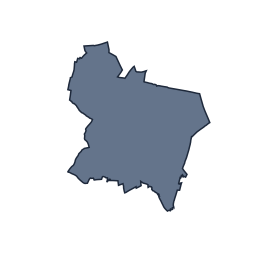 Balcauti, Suceava, Romania (Natural Earth projection), rotated 130°
{"feature_id": "2599482B55128910664602", "entity_name": "Balcauti", "entity_type": "district", "adm_level": 2, "iso_a3": "ROU", "parent_name": "Romania", "parent_adm1": "Suceava", "projection": "natural_earth1", "projection_center": [26.076, 47.898], "detail": "fine", "context": "isolated", "style": "filled", "palette": "slate", "viewbox_px": 256, "rotation_deg": 130, "n_neighbors": 0, "source": "geoboundaries", "source_scale": "gbopen_adm2", "svg_char_len": 5518}
<svg xmlns="http://www.w3.org/2000/svg" viewBox="0 0 256 256"><g transform="rotate(130 128 128)"><path d="M104.8,210.0L105.2,210.0L106.1,209.6L107.0,211.3L109.4,210.2L110.7,209.7L111.4,211.3L113.0,210.4L114.7,209.1L118.1,206.7L119.8,205.9L123.0,204.6L123.8,204.2L124.8,203.7L126.0,204.2L126.7,204.4L126.9,204.1L130.8,202.2L132.8,201.2L134.6,200.1L137.3,198.7L136.3,196.6L136.0,196.0L135.9,195.8L140.6,192.8L144.1,190.7L144.0,190.0L144.1,188.9L143.9,188.4L143.9,188.0L144.2,187.6L144.3,187.2L144.4,186.7L144.3,185.4L143.8,185.0L143.8,184.6L143.9,184.2L144.0,183.4L144.0,182.0L144.5,180.9L144.8,179.6L145.2,178.4L145.4,177.6L145.7,177.1L145.8,176.5L145.9,176.0L145.8,175.6L145.9,175.2L146.0,174.8L145.9,174.2L146.0,173.4L145.9,173.1L145.8,172.7L145.5,171.9L145.5,170.7L145.4,169.8L145.3,168.9L145.3,168.7L145.5,167.9L145.2,166.0L145.0,165.1L145.1,163.9L144.6,162.3L144.3,160.7L145.1,160.4L147.0,159.9L148.4,159.9L149.7,159.9L151.6,160.0L152.4,160.0L153.3,160.0L155.4,159.9L156.1,159.7L156.4,159.4L156.8,158.7L157.2,158.4L158.5,157.9L159.8,157.6L160.5,157.6L160.8,157.4L161.2,156.8L161.8,156.1L164.0,154.6L164.4,154.1L164.6,153.7L164.7,153.3L164.6,152.6L164.7,151.7L164.8,150.6L164.9,150.1L165.2,149.5L166.0,147.9L167.8,145.3L168.8,146.0L171.8,148.4L172.3,148.4L172.9,148.6L173.7,148.9L174.3,149.1L174.9,149.1L175.3,149.0L175.9,148.8L176.6,148.9L178.8,149.1L179.4,149.1L179.8,149.0L180.7,148.6L181.3,148.5L182.2,148.4L183.0,148.4L183.4,148.3L183.9,148.3L184.8,148.1L185.6,148.0L186.6,147.6L187.0,147.4L187.7,147.0L188.2,146.8L189.8,146.2L191.4,145.9L191.9,145.9L192.3,146.0L193.8,146.3L194.6,146.3L196.3,146.3L196.8,146.3L199.8,146.0L200.2,145.9L200.3,145.6L199.6,144.3L199.1,141.8L198.2,138.9L197.9,136.9L197.9,136.1L198.1,135.5L198.5,133.7L198.7,131.0L198.7,128.7L198.7,127.5L198.5,126.2L198.1,125.3L197.1,124.3L196.4,123.6L192.3,124.7L190.8,124.7L190.5,124.6L189.9,123.4L189.3,122.8L188.8,122.4L188.7,122.2L189.1,121.3L189.6,120.7L189.5,120.4L188.0,119.1L187.0,118.1L185.8,116.8L184.9,115.9L184.3,115.3L182.0,116.2L181.8,116.2L181.4,116.1L181.1,115.8L180.8,115.2L180.5,114.4L180.3,113.8L180.3,113.4L180.3,113.0L180.3,112.8L180.1,112.5L179.8,112.3L179.6,111.9L179.4,111.7L179.5,111.4L180.3,111.0L180.8,110.6L181.3,110.3L182.0,110.0L182.3,109.9L182.6,109.7L182.5,109.4L182.1,109.3L181.7,109.4L181.3,109.4L180.6,109.3L180.1,109.3L179.7,109.4L179.4,109.3L179.1,109.2L178.9,109.0L178.8,108.8L178.9,108.5L179.2,108.4L179.9,108.2L177.7,105.5L175.9,103.1L174.9,101.8L178.0,98.4L173.9,96.1L174.5,95.4L175.0,94.5L175.5,93.9L176.9,92.7L177.2,92.2L178.0,91.3L179.0,90.0L179.3,89.4L179.8,88.9L179.0,88.3L175.4,87.1L167.8,84.1L168.5,83.4L168.8,83.0L164.4,81.1L163.7,80.9L162.7,82.0L160.7,84.0L160.5,82.1L160.5,81.2L158.9,77.7L158.8,77.4L158.8,77.0L158.8,76.5L158.8,76.3L158.7,76.2L158.8,76.1L159.0,75.8L159.6,75.4L159.9,75.1L160.4,74.7L160.6,74.4L159.1,74.0L158.8,73.9L158.7,73.8L158.6,73.6L158.6,73.3L158.6,73.2L158.4,73.0L158.4,72.9L158.4,72.7L158.1,72.4L158.2,72.1L158.1,71.7L158.3,71.4L158.5,71.3L158.8,70.9L159.0,70.8L159.4,70.7L159.6,70.6L159.8,70.2L159.7,69.8L159.7,69.7L160.0,69.3L160.1,68.7L159.7,68.1L159.7,67.8L159.7,67.6L159.6,67.2L159.7,66.6L159.7,66.3L159.6,66.1L159.5,65.9L159.6,65.7L159.6,65.4L159.4,64.9L159.2,64.5L159.2,64.3L159.3,64.0L159.4,63.7L159.5,63.2L159.7,62.8L159.8,62.6L159.8,62.4L159.3,62.4L159.1,62.4L158.9,62.3L158.8,62.2L159.0,61.7L159.4,61.5L159.6,61.5L159.5,61.3L159.4,61.3L159.4,61.1L159.7,60.9L160.1,60.8L160.2,60.7L160.2,60.4L160.5,60.6L161.1,59.7L161.8,58.3L162.6,56.2L163.8,53.6L164.6,51.7L165.4,50.0L165.8,48.6L166.1,46.9L166.3,44.4L165.2,44.0L165.0,43.8L164.6,43.3L164.2,42.7L164.2,42.4L163.7,42.3L163.4,42.8L163.1,43.1L163.0,43.4L162.8,43.4L162.7,43.3L162.5,43.2L162.2,42.2L161.9,41.7L161.7,41.6L161.3,42.0L160.6,42.7L160.5,42.8L160.3,42.6L159.9,42.4L159.8,42.1L159.7,41.9L159.7,41.6L159.3,41.9L158.2,43.5L157.0,44.5L154.5,45.9L153.7,46.1L152.0,46.9L148.8,48.2L143.9,50.3L142.5,48.5L142.3,48.5L141.6,48.9L138.7,50.3L137.1,51.1L135.6,51.7L136.4,52.3L136.6,52.5L136.8,52.5L137.4,52.2L137.6,52.1L138.2,53.2L138.2,53.4L132.5,56.2L132.4,55.6L130.0,56.6L129.9,56.1L130.0,55.9L130.2,55.5L128.9,55.9L129.4,54.6L129.5,54.2L129.2,54.3L128.6,52.3L125.6,53.0L124.7,57.7L124.0,60.2L122.3,60.9L118.3,62.1L117.4,62.7L116.5,63.0L114.7,63.6L113.2,64.1L105.6,67.4L102.2,69.1L100.9,69.7L98.7,70.9L98.1,71.3L97.5,71.7L96.9,72.1L96.5,72.3L94.4,73.4L93.7,73.8L93.4,73.3L90.1,73.0L86.5,72.6L85.3,72.3L82.8,71.7L78.3,70.5L77.2,70.4L75.8,69.9L72.7,69.3L71.3,68.8L69.4,72.4L65.6,79.9L63.2,84.2L58.8,90.7L55.7,95.2L56.0,95.6L57.2,97.7L59.4,102.0L62.1,107.0L64.2,110.6L66.5,114.6L70.9,122.2L71.3,123.1L71.4,123.3L71.4,123.7L71.4,124.0L71.8,124.8L72.9,126.6L74.5,129.3L75.3,130.8L75.7,131.4L75.9,131.8L76.4,132.3L77.4,133.0L76.9,133.7L76.9,134.0L77.0,134.4L77.3,135.5L78.1,136.2L78.3,136.5L78.4,136.9L78.5,137.5L78.6,138.0L79.1,139.1L79.3,139.3L79.6,139.8L79.9,140.4L80.3,141.2L80.7,142.2L81.4,143.5L82.2,145.1L82.3,145.5L74.9,150.1L72.4,150.8L72.7,151.0L74.2,151.9L76.2,153.3L76.9,154.0L78.5,156.2L79.3,157.2L79.5,158.5L78.2,160.5L76.8,162.9L78.3,163.2L80.6,163.2L82.5,163.2L84.7,163.1L87.4,162.7L91.9,162.3L91.9,162.5L93.4,164.9L94.1,165.9L95.3,168.0L95.6,168.9L92.7,169.0L90.4,169.2L89.2,169.3L88.4,169.5L87.2,169.6L85.2,174.2L81.0,183.2L81.6,186.7L82.5,191.1L81.4,191.9L80.1,193.0L79.2,194.2L75.4,199.0L80.8,202.3L83.8,204.4L86.7,206.8L87.0,207.6L93.5,214.4L96.2,211.0L96.7,209.9L97.1,207.9L100.3,208.4L102.8,208.5L104.4,208.4L104.5,208.5L104.8,210.0Z" fill="#64748b" stroke="#1e293b" stroke-width="1.5"/></g></svg>